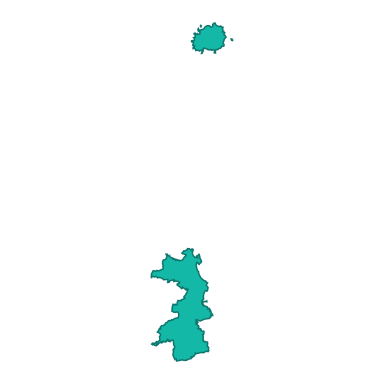 outline of Gresik, Jawa Timur, Indonesia
{"feature_id": "22746128B46933486274006", "entity_name": "Gresik", "entity_type": "district", "adm_level": 2, "iso_a3": "IDN", "parent_name": "Indonesia", "parent_adm1": "Jawa Timur", "projection": "albers", "projection_center": [112.501, -6.562], "detail": "fine", "context": "isolated", "style": "filled", "palette": "teal", "viewbox_px": 384, "rotation_deg": 0, "n_neighbors": 0, "source": "geoboundaries", "source_scale": "gbopen_adm2", "svg_char_len": 6006}
<svg xmlns="http://www.w3.org/2000/svg" viewBox="0 0 384 384"><path d="M209.7,317.8L210.5,317.5L210.9,316.2L210.6,316.0L210.9,315.6L212.7,315.6L212.7,315.2L212.3,314.1L211.4,314.0L211.6,313.8L210.7,311.1L210.2,311.3L210.3,310.7L209.6,310.8L209.6,310.3L210.1,310.4L210.0,309.5L209.5,309.6L209.3,308.7L208.9,308.9L208.5,308.5L208.2,308.6L208.4,308.3L207.6,308.0L207.1,307.5L207.4,307.2L206.9,306.6L204.4,305.9L203.8,306.2L202.5,304.4L203.2,304.4L202.0,302.9L202.4,302.8L202.0,302.6L202.1,301.4L206.9,301.8L206.7,300.9L206.1,301.3L204.7,301.5L202.0,301.3L202.6,299.8L203.7,298.9L203.4,297.0L203.2,296.7L204.0,293.1L205.2,290.9L205.9,290.6L206.6,291.1L207.3,290.9L208.1,287.6L206.3,285.4L206.8,283.9L207.6,282.9L205.8,281.6L205.7,281.1L204.0,280.6L200.8,277.8L199.4,275.1L198.6,273.1L198.6,271.8L197.4,270.4L196.7,268.2L196.2,265.0L196.7,262.4L197.7,262.6L198.4,263.9L199.2,264.4L200.0,263.2L200.9,262.7L200.9,262.2L201.5,261.9L201.5,261.2L199.7,257.4L199.8,256.6L199.4,255.2L199.0,254.9L199.1,254.4L198.6,254.4L198.4,255.3L196.5,256.1L196.5,256.7L197.8,257.5L197.8,257.9L195.9,257.3L195.0,257.4L193.3,255.8L192.4,253.7L192.4,251.6L192.8,251.5L193.2,249.5L192.1,248.9L191.0,250.3L189.6,248.8L187.5,248.6L187.5,249.6L186.5,249.9L185.3,250.9L183.9,250.9L184.0,251.2L182.4,252.4L181.9,253.3L182.6,253.7L186.1,254.7L185.7,256.0L185.2,256.2L183.7,257.9L182.9,259.5L181.9,260.3L179.6,260.7L179.4,260.3L178.6,260.6L177.9,259.9L177.4,260.0L176.5,259.5L176.0,260.1L175.9,259.6L175.2,259.3L174.9,259.6L174.6,259.5L174.6,258.9L174.2,258.8L174.0,259.2L173.7,258.9L173.5,259.2L172.6,258.9L172.6,258.0L171.0,257.5L169.3,256.3L169.4,256.0L169.1,256.2L168.6,255.9L167.1,254.1L166.0,254.2L167.0,256.0L166.0,259.0L165.2,259.6L163.5,260.0L162.8,261.0L162.5,263.7L163.4,266.0L162.9,266.5L163.2,268.3L162.9,269.0L158.7,270.9L157.0,270.4L156.1,271.3L154.3,270.8L153.0,270.9L151.4,274.2L151.3,277.6L151.6,277.6L152.3,276.2L154.3,277.0L156.3,276.4L157.6,277.9L158.9,277.4L161.2,277.9L162.4,278.5L163.5,279.7L167.9,279.5L168.0,281.4L167.5,282.1L167.8,282.5L169.3,282.1L169.6,281.1L170.1,280.7L174.2,279.7L174.3,280.2L173.7,281.1L174.0,281.6L175.8,281.0L179.5,282.0L179.6,283.1L177.2,284.0L177.1,284.9L180.5,287.4L181.5,288.6L182.1,288.4L182.5,287.0L186.0,289.9L186.5,289.9L186.7,288.7L188.1,289.3L187.3,290.9L187.3,292.3L186.1,293.3L185.9,294.5L183.9,296.7L184.0,297.4L184.7,297.7L184.8,298.4L181.3,299.9L181.1,300.7L178.0,300.5L177.1,302.9L177.1,304.7L175.3,305.0L175.3,304.4L174.8,304.6L173.0,304.3L172.7,305.9L172.5,306.0L172.1,308.1L172.5,308.3L171.8,311.0L173.6,312.1L175.7,312.3L177.3,311.9L178.3,312.5L178.7,314.5L178.6,316.5L178.2,317.6L174.6,318.6L172.4,320.1L171.9,319.7L171.5,319.8L170.8,320.6L170.2,320.8L169.3,320.5L168.4,320.8L167.3,322.4L166.1,322.6L165.2,323.7L164.6,325.0L162.4,325.7L161.7,325.6L160.4,327.1L160.5,329.0L159.4,328.6L158.5,330.6L157.4,332.1L159.5,333.1L160.3,333.9L160.4,335.4L159.5,336.7L159.9,339.4L159.7,340.3L157.6,341.9L156.4,341.7L155.4,343.2L152.5,343.2L151.7,344.1L152.3,344.5L152.4,343.9L153.3,343.8L153.2,344.7L154.0,344.5L154.4,345.2L156.2,345.8L156.9,345.3L156.8,344.5L157.2,344.6L157.3,344.1L157.5,344.5L158.2,344.3L158.3,343.6L159.9,342.7L161.7,342.5L161.3,341.7L162.5,341.6L162.1,342.0L162.2,342.6L163.6,341.3L164.3,341.9L165.9,342.0L166.5,341.3L166.3,340.8L167.3,339.8L167.4,340.4L167.8,340.6L168.0,340.2L168.3,341.1L169.0,341.3L169.3,340.9L169.3,341.5L169.8,341.7L170.3,341.6L171.4,340.4L172.1,340.1L173.3,340.3L173.7,345.0L174.7,346.5L174.7,347.3L174.2,348.2L174.2,348.9L173.6,349.0L173.6,349.5L173.1,349.7L173.6,352.3L173.0,353.4L173.1,355.5L174.7,359.1L174.8,358.9L176.2,358.9L176.5,361.0L182.5,359.8L183.8,360.4L186.2,360.3L186.2,360.0L187.5,359.8L188.1,359.2L191.1,358.6L191.3,356.7L191.6,356.7L191.7,357.4L192.0,357.5L193.3,356.5L193.5,355.9L194.3,355.8L194.4,355.1L195.3,354.2L195.4,353.1L196.1,353.6L196.9,353.6L201.2,352.4L201.9,352.7L202.5,352.5L203.6,352.7L206.0,351.3L208.2,351.6L208.7,350.5L208.4,350.4L208.6,347.7L208.2,346.9L207.2,346.2L207.7,343.4L207.2,342.9L207.4,342.1L204.9,341.8L204.8,341.4L203.4,341.5L203.3,339.4L202.8,339.2L203.3,337.1L202.9,335.7L203.2,334.9L202.8,334.6L203.8,334.1L204.0,331.5L203.4,331.1L202.8,331.4L201.0,330.7L201.1,329.7L200.4,329.6L200.5,328.8L198.9,328.9L198.0,328.5L198.8,327.6L198.9,327.0L198.3,326.6L198.5,325.7L197.1,324.8L197.3,324.6L197.0,323.9L195.9,323.8L196.2,322.3L197.1,323.6L197.1,323.0L197.7,322.5L196.5,322.1L197.3,321.7L196.1,320.6L196.0,320.1L196.1,319.6L196.8,319.7L200.2,321.0L204.5,319.1L209.3,318.4L209.7,317.8ZM218.2,26.4L215.6,24.8L215.3,23.3L214.8,23.0L213.6,23.4L213.3,24.1L212.6,24.4L212.8,26.2L212.0,27.0L210.7,27.0L210.4,26.4L209.0,25.7L207.2,25.7L205.0,27.0L204.1,28.5L202.9,29.4L200.2,30.0L199.9,30.9L200.0,33.6L199.1,34.3L198.1,34.3L197.3,33.5L195.6,34.4L195.3,34.9L195.6,35.2L195.1,36.1L195.3,37.2L194.9,37.5L193.6,37.6L194.5,38.9L194.1,40.6L193.5,41.0L192.3,40.5L191.6,40.8L191.5,41.4L191.9,42.0L193.4,41.8L193.6,42.1L192.7,45.3L194.6,45.8L194.2,47.1L193.5,47.0L193.1,47.5L193.1,48.6L194.0,48.3L195.2,48.9L195.9,50.6L197.3,50.1L199.6,51.0L200.4,50.5L202.0,50.3L202.3,51.2L201.5,53.4L202.1,53.3L202.6,52.2L202.4,51.5L203.2,51.1L203.1,49.7L203.5,49.2L203.2,48.8L203.7,48.2L204.4,48.1L206.9,49.0L207.9,49.7L209.1,49.9L210.7,49.5L211.5,50.3L213.3,49.7L214.3,50.0L214.5,51.5L214.2,52.8L215.5,53.0L215.4,51.3L214.7,50.9L214.8,50.4L215.8,50.2L216.3,49.5L217.7,49.7L218.7,48.6L220.2,48.4L221.4,47.2L221.6,46.2L222.9,46.3L224.0,45.8L224.0,44.3L223.0,43.2L223.0,42.8L224.0,40.6L223.9,39.9L225.3,37.8L226.0,37.3L225.4,35.8L223.9,34.6L224.8,32.8L224.1,32.4L223.7,31.4L222.9,32.1L222.6,31.8L222.8,28.9L222.6,28.3L223.0,27.5L222.9,27.1L221.8,27.2L220.7,26.0L220.3,26.0L219.7,26.5L218.2,26.4ZM198.6,31.2L198.8,29.7L198.4,28.5L198.0,29.0L198.0,30.6L198.6,31.2ZM194.8,34.5L195.2,33.4L195.1,33.1L194.0,33.5L194.3,34.4L194.8,34.5ZM232.7,40.2L232.0,39.9L231.9,38.9L231.1,39.0L231.6,40.3L232.4,40.6L232.7,40.2ZM200.9,26.9L201.3,25.8L200.8,25.4L200.4,26.3L200.9,26.9Z" fill="#14b8a6" stroke="#0f766e" stroke-width="1.5"/></svg>